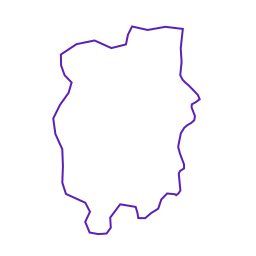 the border of Cantemir, rotated 167°
{"feature_id": "MDA-1631", "entity_name": "Cantemir", "entity_type": "District", "adm_level": 1, "iso_a3": "MDA", "parent_name": "Moldova", "parent_adm1": "", "projection": "mercator", "projection_center": [28.284, 46.256], "detail": "fine", "context": "isolated", "style": "outline", "palette": "violet", "viewbox_px": 256, "rotation_deg": 167, "n_neighbors": 0, "source": "natural_earth", "source_scale": "10m", "svg_char_len": 908}
<svg xmlns="http://www.w3.org/2000/svg" viewBox="0 0 256 256"><g transform="rotate(167 128 128)"><path d="M52.3,212.2L58.7,193.8L60.9,180.4L65.2,167.7L64.0,162.9L61.8,159.2L59.4,156.0L52.5,144.6L51.7,139.9L56.2,137.9L60.5,136.7L61.4,133.8L60.1,124.5L61.7,120.7L65.3,118.7L69.6,117.4L73.2,115.5L77.7,111.0L82.8,99.7L83.4,97.8L83.1,91.1L81.6,80.0L82.5,76.0L87.0,74.4L88.8,72.1L91.0,55.4L93.5,52.9L96.2,51.7L97.2,52.9L104.6,55.4L111.6,50.9L116.7,42.6L124.6,39.9L131.6,36.3L138.2,37.9L137.9,43.4L138.3,49.4L152.8,55.4L165.5,44.7L167.2,34.7L172.6,30.0L180.8,31.3L188.9,34.8L190.8,46.2L183.9,54.9L186.4,64.8L203.3,77.7L204.3,89.5L200.0,105.4L196.8,122.1L200.1,138.5L198.7,154.1L189.0,165.9L178.0,175.6L172.7,185.0L177.9,193.7L179.1,204.0L176.9,214.7L159.2,221.3L140.9,220.8L126.2,209.6L111.2,209.9L107.0,219.0L101.2,226.0L86.8,219.1L68.9,218.2L52.3,212.2Z" fill="none" stroke="#5b21b6" stroke-width="2"/></g></svg>